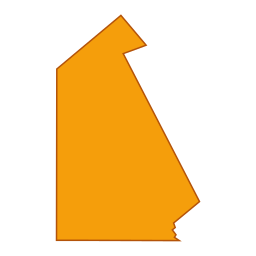 outline of Live Oak, Texas, United States of America
{"feature_id": "52423323B21847190963699", "entity_name": "Live Oak", "entity_type": "district", "adm_level": 2, "iso_a3": "USA", "parent_name": "United States of America", "parent_adm1": "Texas", "projection": "orthographic", "projection_center": [-98.0, 28.422], "detail": "fine", "context": "isolated", "style": "filled", "palette": "amber", "viewbox_px": 256, "rotation_deg": 0, "n_neighbors": 0, "source": "geoboundaries", "source_scale": "gbopen_adm2", "svg_char_len": 305}
<svg xmlns="http://www.w3.org/2000/svg" viewBox="0 0 256 256"><path d="M179.3,240.6L174.4,237.3L176.0,234.8L172.3,229.9L175.2,227.5L173.6,223.0L197.1,203.6L199.5,201.6L123.2,53.6L146.1,45.2L120.9,15.4L56.8,69.0L56.5,240.3L83.4,240.3L179.3,240.6Z" fill="#f59e0b" stroke="#b45309" stroke-width="1.5"/></svg>